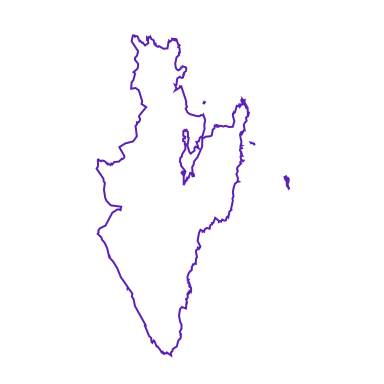 Carndonagh Lea-4, Donegal, Ireland, rotated 85°
{"feature_id": "5873133B51648159491846", "entity_name": "Carndonagh Lea-4", "entity_type": "district", "adm_level": 2, "iso_a3": "IRL", "parent_name": "Ireland", "parent_adm1": "Donegal", "projection": "natural_earth1", "projection_center": [-7.257, 55.295], "detail": "fine", "context": "isolated", "style": "outline", "palette": "violet", "viewbox_px": 384, "rotation_deg": 85, "n_neighbors": 0, "source": "geoboundaries", "source_scale": "gbopen_adm2", "svg_char_len": 6066}
<svg xmlns="http://www.w3.org/2000/svg" viewBox="0 0 384 384"><g transform="rotate(85 192 192)"><path d="M31.0,237.3L36.7,239.0L47.1,233.4L51.5,235.0L53.4,237.1L55.5,237.2L59.4,234.6L61.4,234.6L64.5,235.6L67.5,239.9L69.0,238.3L75.5,240.7L77.4,242.6L83.8,243.6L83.5,239.1L86.1,236.1L97.2,233.7L99.9,234.6L103.4,230.2L110.7,237.3L112.3,238.3L114.8,237.3L116.5,237.9L118.0,239.1L117.7,240.8L119.8,240.8L121.2,242.5L131.6,242.1L134.1,244.1L136.5,246.3L137.8,254.3L141.0,260.5L150.4,256.2L151.8,256.5L153.2,258.4L152.9,259.2L155.3,262.0L155.4,266.9L157.6,269.0L156.7,270.0L158.1,270.8L157.0,272.3L157.2,273.2L156.2,273.5L156.5,274.2L154.0,275.9L152.8,278.5L153.5,280.1L151.4,282.5L151.8,283.0L158.1,283.3L160.4,285.0L170.8,279.2L173.9,279.0L175.2,278.0L182.0,279.5L190.7,278.9L193.6,277.8L198.2,274.1L200.5,263.8L203.8,264.8L203.0,266.1L203.0,268.1L205.7,273.2L217.9,281.1L220.2,286.9L222.1,288.6L224.3,288.6L225.5,289.6L229.5,286.1L231.6,285.9L234.7,283.6L240.5,281.4L249.2,280.2L248.8,279.7L251.0,279.3L254.1,276.8L261.2,273.2L270.7,270.3L280.6,264.5L283.0,264.6L282.3,263.7L287.9,260.3L290.7,260.9L290.4,261.3L293.7,259.5L300.5,258.8L320.8,249.7L321.8,249.9L320.1,250.9L331.7,247.3L333.8,245.4L337.7,245.4L338.7,244.7L337.5,243.9L337.7,243.0L336.8,242.9L337.1,242.5L342.8,240.7L342.9,239.7L347.9,236.7L347.3,236.0L348.6,236.6L349.5,235.8L348.9,235.0L351.6,234.0L350.0,233.9L350.6,231.6L349.7,231.0L353.1,227.0L350.0,227.0L348.8,225.4L346.9,224.9L344.5,220.6L339.7,218.9L337.9,217.8L337.2,216.4L334.6,215.6L333.1,216.0L332.7,215.4L330.3,216.4L327.0,214.3L323.1,214.0L320.6,215.1L314.2,215.7L307.8,214.2L305.7,212.2L307.5,208.2L301.2,207.0L302.1,206.8L301.6,206.6L298.1,207.2L298.0,206.3L296.2,205.3L293.3,205.5L292.6,205.0L293.0,204.5L291.8,204.1L292.2,203.5L290.5,203.1L291.7,201.9L290.7,201.5L287.2,201.3L286.1,202.7L285.1,201.9L284.3,202.2L284.8,202.8L282.8,202.7L282.2,203.6L281.6,202.9L280.1,203.8L279.3,203.2L279.3,204.0L275.9,203.9L272.2,202.1L270.9,200.8L271.7,200.5L270.8,200.7L269.6,199.0L266.8,198.7L264.1,197.2L264.4,196.5L263.5,195.6L263.9,194.5L258.5,193.7L257.4,192.7L251.6,193.3L250.0,192.6L249.5,191.2L248.2,191.0L248.8,190.4L248.1,190.4L248.4,189.3L247.2,188.4L241.1,190.7L233.2,188.5L230.4,186.9L231.5,185.1L232.4,185.0L231.9,184.2L232.6,183.4L230.3,182.5L229.1,180.5L230.1,177.6L227.3,177.0L226.3,176.1L226.1,174.9L226.6,175.1L225.3,174.5L224.6,174.7L224.6,173.5L219.8,171.1L223.3,167.6L224.1,167.7L223.5,166.5L224.1,165.7L222.1,164.3L223.3,162.4L223.1,160.6L220.3,159.7L219.5,158.5L220.3,158.0L214.7,156.4L213.2,154.2L212.4,154.6L204.5,152.1L201.8,152.2L199.7,151.0L195.6,151.3L191.6,150.2L187.7,148.6L186.0,146.4L185.7,144.5L185.0,145.5L181.5,145.1L178.2,146.2L174.7,144.4L173.3,145.2L171.5,144.7L167.8,140.6L166.6,141.4L165.0,140.1L161.0,140.6L160.0,140.0L160.3,138.8L157.6,140.0L157.1,139.7L157.6,139.3L156.2,139.5L154.8,140.6L153.0,140.1L152.7,138.5L151.1,139.9L149.9,139.3L149.9,138.5L149.3,139.3L146.7,138.4L139.1,139.2L138.1,138.7L138.5,138.3L136.8,138.0L136.5,137.1L137.9,136.8L135.1,134.9L135.2,134.1L129.8,134.6L127.3,133.2L125.9,131.4L122.7,131.7L121.4,130.0L120.0,129.6L113.1,129.3L112.7,130.5L111.9,130.3L112.4,130.7L109.7,131.5L110.2,130.5L107.6,131.7L108.4,132.5L104.6,133.2L103.7,133.9L105.8,133.8L103.8,134.8L105.9,134.8L107.3,133.8L109.2,134.3L108.9,136.6L110.2,136.0L111.5,137.1L109.8,138.1L110.3,139.1L109.5,139.1L110.3,139.3L110.1,139.9L116.2,142.2L117.2,143.3L116.5,143.6L117.6,144.3L119.3,144.7L125.1,143.6L130.6,145.7L130.5,149.3L128.9,153.1L129.5,154.8L128.5,158.2L129.4,160.2L127.8,163.5L130.5,164.1L131.7,165.9L137.4,167.4L138.1,169.1L138.1,173.5L139.9,177.1L147.8,178.0L157.8,183.5L161.8,187.3L164.6,187.9L167.4,189.7L173.2,189.7L174.5,188.6L176.3,188.7L176.4,190.1L172.8,190.8L172.8,192.1L177.6,194.1L177.7,195.0L178.9,195.7L178.0,195.9L184.4,199.7L175.0,198.8L173.0,200.1L172.2,199.7L171.8,200.6L170.7,199.7L171.4,198.4L173.5,197.9L170.9,196.7L164.7,200.7L162.2,200.6L160.9,201.5L156.7,200.5L156.1,199.2L153.3,198.4L149.0,195.0L144.0,194.3L144.1,195.0L141.5,194.8L140.3,196.5L138.3,196.2L137.6,195.0L138.0,194.4L136.5,193.8L135.2,195.8L130.5,195.3L129.6,193.9L130.6,193.4L129.6,192.1L131.7,191.3L130.9,190.9L137.3,191.2L137.9,190.5L145.2,192.5L151.7,191.2L153.6,190.0L151.1,186.0L148.2,185.6L147.1,184.5L149.1,181.6L142.5,183.2L142.2,180.8L138.7,179.5L137.8,178.2L138.7,177.4L137.7,176.9L130.0,173.9L126.7,174.0L121.6,172.6L116.2,174.0L116.7,174.3L116.1,176.2L117.2,177.9L116.8,180.5L114.2,187.5L112.1,189.7L108.2,191.0L106.7,189.5L104.2,190.3L101.5,189.8L85.7,193.5L85.6,194.8L86.8,194.8L89.3,199.8L87.4,198.5L84.2,199.5L84.7,198.9L83.8,198.2L77.7,196.8L76.1,194.1L77.5,192.3L77.1,191.0L74.3,190.4L74.4,189.8L72.4,189.5L71.0,187.5L68.7,186.9L67.4,187.2L65.9,190.5L67.1,191.3L67.0,192.1L68.6,192.9L69.6,195.0L68.4,196.6L66.3,197.4L62.5,197.5L56.6,195.7L54.3,192.9L52.1,192.9L51.9,191.9L47.9,191.9L38.5,194.2L38.5,195.1L39.8,194.8L38.6,197.6L37.9,196.8L37.6,198.5L38.7,198.4L40.5,201.1L39.9,201.6L40.8,201.6L40.0,201.7L40.5,202.3L46.8,203.9L46.8,207.9L43.8,212.2L44.4,213.3L42.9,215.5L41.7,215.2L41.0,215.4L41.4,216.5L37.5,217.0L36.0,219.2L33.5,220.0L34.3,220.8L34.0,221.6L35.5,222.1L34.1,223.3L36.5,223.6L36.5,222.9L39.9,222.5L41.9,226.0L38.9,228.0L39.1,228.7L36.9,230.4L37.2,231.1L32.3,232.7L31.7,234.5L32.3,235.3L30.9,235.9L31.0,237.3ZM185.0,97.9L187.5,97.1L186.4,98.3L187.1,98.2L189.9,96.7L193.9,97.0L196.4,95.5L189.1,96.6L190.5,95.2L188.1,94.4L185.8,95.2L187.7,95.2L184.5,97.0L185.0,97.9ZM116.5,129.1L119.9,129.5L120.3,129.2L118.2,128.5L118.2,129.1L116.5,129.1ZM104.8,172.3L103.7,171.3L103.2,172.0L104.4,172.8L104.8,172.3ZM149.4,128.4L148.1,128.5L147.9,129.2L149.4,128.4ZM165.2,138.0L164.9,139.2L165.8,138.6L165.2,138.0ZM104.2,132.5L106.4,132.6L103.9,132.4L104.2,132.5ZM44.8,191.6L44.5,191.9L45.2,192.3L44.8,191.6ZM148.7,126.9L149.7,127.0L147.9,126.8L148.7,126.9ZM150.9,125.6L149.6,125.8L149.7,126.1L150.9,125.6ZM106.3,131.9L106.8,132.5L107.5,132.3L106.3,131.9ZM127.8,160.7L127.5,161.5L128.5,161.3L127.8,160.7ZM196.9,95.0L195.7,95.1L197.0,95.2L196.9,95.0Z" fill="none" stroke="#5b21b6" stroke-width="2"/></g></svg>